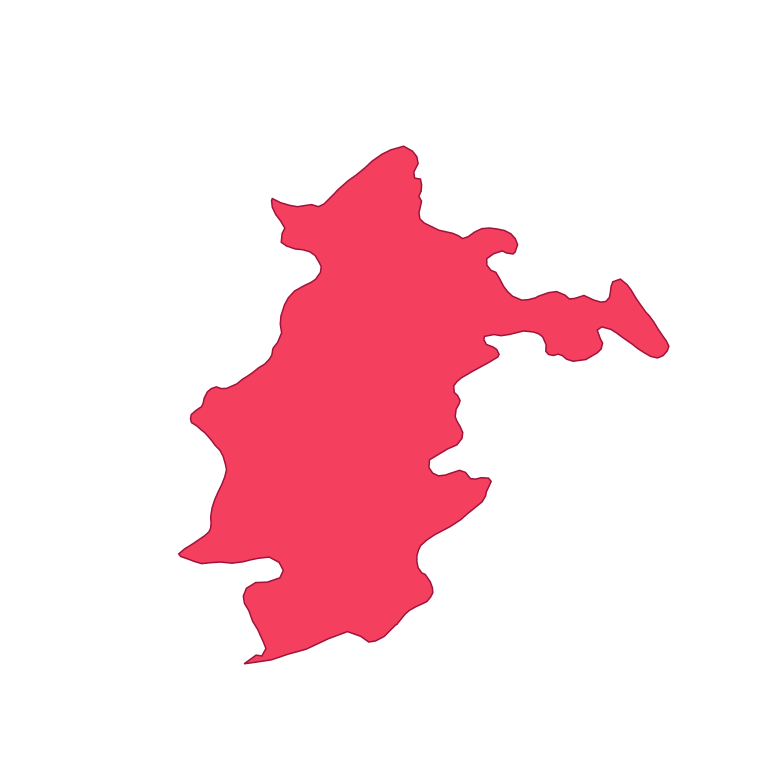 Chachersk, Gomel, Belarus, rotated 149°
{"feature_id": "67162791B26710857863794", "entity_name": "Chachersk", "entity_type": "district", "adm_level": 2, "iso_a3": "BLR", "parent_name": "Belarus", "parent_adm1": "Gomel", "projection": "albers", "projection_center": [30.949, 52.928], "detail": "fine", "context": "isolated", "style": "filled", "palette": "rose", "viewbox_px": 768, "rotation_deg": 149, "n_neighbors": 0, "source": "geoboundaries", "source_scale": "gbopen_adm2", "svg_char_len": 3723}
<svg xmlns="http://www.w3.org/2000/svg" viewBox="0 0 768 768"><g transform="rotate(149 384 384)"><path d="M647.5,344.1L647.1,340.8L641.9,334.6L637.9,329.5L632.8,323.9L625.4,320.5L615.7,315.5L606.6,308.7L596.4,304.2L589.0,302.0L581.1,299.2L571.5,294.7L565.8,285.1L566.3,276.1L573.1,271.5L586.1,274.3L596.3,279.9L607.1,279.8L613.8,274.7L616.6,267.9L616.6,259.4L618.8,248.1L618.7,238.5L620.3,224.9L621.4,218.1L628.8,213.8L633.3,217.5L648.0,216.2L638.2,212.0L622.7,205.6L605.3,201.8L587.3,196.8L562.9,194.3L542.9,190.6L533.9,179.7L530.0,170.7L523.6,168.1L513.9,167.5L498.5,171.4L496.5,171.3L496.2,171.6L484.3,175.9L478.7,176.9L471.5,176.7L459.5,175.4L453.9,177.3L449.7,179.9L447.5,184.2L446.2,190.6L446.8,199.6L448.9,202.6L449.4,208.9L447.3,214.8L444.1,220.1L439.9,223.9L435.9,226.6L427.9,228.2L418.0,228.7L400.4,227.7L387.9,228.2L379.4,229.8L370.1,231.1L360.5,232.5L354.6,235.7L351.7,238.9L347.4,241.8L342.3,245.3L342.9,249.5L348.7,253.5L354.6,255.4L358.6,258.3L359.7,266.3L363.7,271.1L374.1,273.5L378.3,274.3L384.7,277.3L388.2,282.6L388.5,289.3L384.0,295.6L373.2,295.6L363.2,295.6L352.8,294.3L345.2,297.2L341.5,301.8L340.7,308.1L340.6,314.7L339.8,319.3L335.2,325.2L330.2,328.1L327.3,330.6L326.9,336.4L328.1,340.6L325.2,346.5L320.2,348.5L314.7,349.4L302.2,349.3L283.0,348.5L272.6,348.5L270.1,350.1L269.6,355.5L271.3,359.3L275.9,365.2L275.5,370.6L273.4,373.1L264.2,369.7L258.8,365.1L250.8,361.8L237.1,357.6L229.0,351.5L225.5,347.2L223.7,342.7L224.8,334.2L228.5,328.6L227.7,324.5L224.0,321.1L219.5,320.0L216.5,316.5L214.7,311.2L210.2,306.1L201.4,302.3L198.4,301.0L184.8,300.9L179.8,302.2L175.5,306.5L175.4,310.7L173.5,320.3L167.9,320.8L161.5,314.1L158.6,308.5L155.5,301.0L150.7,290.3L148.1,283.4L145.2,277.5L141.2,270.3L136.2,265.5L134.5,265.2L130.0,264.6L124.2,266.5L120.4,269.6L119.8,275.5L120.3,281.4L120.8,291.0L120.8,298.1L121.5,305.7L122.6,311.0L123.3,319.8L123.8,327.3L123.8,337.5L124.5,344.1L127.4,352.2L135.2,353.8L139.2,350.6L142.7,346.1L146.2,342.1L151.3,340.5L155.8,342.4L161.1,348.1L167.0,356.9L176.3,359.1L181.4,361.5L183.0,366.9L188.5,374.4L196.0,377.6L206.7,379.8L209.6,379.8L216.9,382.0L222.7,384.9L228.6,393.0L230.4,399.1L231.2,406.1L230.7,414.1L230.6,422.1L233.8,426.4L234.6,432.9L231.4,438.5L222.8,439.2L214.0,437.1L211.6,433.3L206.5,429.0L203.8,429.5L197.7,434.6L196.6,441.0L197.9,447.5L201.6,453.4L206.7,458.2L213.1,463.3L220.1,466.8L228.4,467.6L235.9,466.9L241.7,468.2L243.9,472.8L247.6,477.9L257.8,487.6L266.6,501.2L268.2,507.1L265.8,512.8L260.4,518.4L257.7,521.3L257.4,527.0L252.8,530.2L249.1,535.5L247.2,540.9L251.7,544.7L249.3,550.3L241.2,555.4L238.8,561.8L239.6,568.8L244.7,577.7L257.5,581.2L267.2,582.0L279.3,581.2L289.0,579.1L300.0,577.5L310.2,576.7L323.3,574.3L328.7,572.7L342.7,569.2L348.9,569.8L353.7,575.1L360.1,577.8L366.8,580.5L372.5,585.4L379.2,592.6L384.2,600.5L385.8,599.3L388.7,593.1L389.5,585.0L388.7,577.6L388.7,568.7L393.9,565.4L399.1,558.4L396.5,552.5L390.6,545.5L384.7,541.1L379.5,535.6L376.9,529.7L376.9,522.7L377.3,517.1L381.0,512.4L388.7,509.0L394.2,508.7L401.2,509.4L412.6,509.8L421.5,507.2L428.5,503.1L437.3,495.4L442.1,488.7L445.4,480.6L453.8,474.4L460.1,472.1L461.5,471.0L465.2,466.6L469.3,464.4L475.9,462.5L482.9,462.5L491.0,461.4L497.9,461.0L502.7,461.0L510.1,459.9L521.1,461.3L525.9,463.9L529.2,467.9L534.4,469.0L539.5,468.2L545.4,464.5L549.1,460.5L552.0,458.6L558.6,458.2L564.9,457.1L567.8,453.8L568.9,450.1L565.9,444.2L564.4,439.1L562.6,434.3L561.1,426.2L560.3,418.2L558.8,411.9L559.1,404.9L561.3,396.8L563.1,391.7L568.2,386.5L574.8,381.4L581.8,376.9L589.1,371.7L595.3,366.2L599.7,361.0L601.5,358.5L603.7,354.0L607.0,349.6L610.3,347.4L616.1,346.3L623.5,345.9L630.4,345.5L635.2,345.4L639.6,345.4L647.5,344.1Z" fill="#f43f5e" stroke="#9f1239" stroke-width="1.5"/></g></svg>